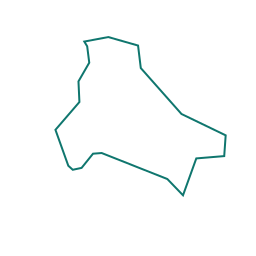 an SVG outline of Walsall, rotated 222°
{"feature_id": "GBR-5694", "entity_name": "Walsall", "entity_type": "Metropolitan Borough", "adm_level": 1, "iso_a3": "GBR", "parent_name": "United Kingdom", "parent_adm1": "", "projection": "robinson", "projection_center": [-1.949, 52.606], "detail": "fine", "context": "isolated", "style": "outline", "palette": "teal", "viewbox_px": 256, "rotation_deg": 222, "n_neighbors": 0, "source": "natural_earth", "source_scale": "10m", "svg_char_len": 405}
<svg xmlns="http://www.w3.org/2000/svg" viewBox="0 0 256 256"><g transform="rotate(222 128 128)"><path d="M37.7,171.5L56.9,151.1L42.1,114.8L64.6,116.4L130.8,91.8L136.8,85.5L135.8,67.3L141.1,60.0L147.1,60.0L180.7,78.1L181.5,114.8L196.0,129.5L200.5,150.6L213.0,161.4L218.3,163.0L203.5,182.4L175.7,196.0L158.6,181.1L97.6,174.2L50.5,187.9L37.7,171.5Z" fill="none" stroke="#0f766e" stroke-width="2"/></g></svg>